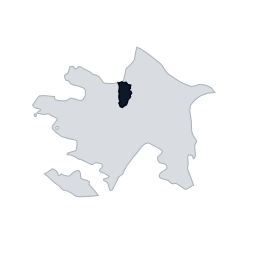 Azerbaijan, with Qəbələ highlighted, rotated 342°
{"feature_id": "AZE-1724", "entity_name": "Qəbələ", "entity_type": "District", "adm_level": 1, "iso_a3": "AZE", "parent_name": "Azerbaijan", "parent_adm1": "", "projection": "albers", "projection_center": [47.781, 40.923], "detail": "fine", "context": "in_parent", "style": "filled", "palette": "ink", "viewbox_px": 256, "rotation_deg": 342, "n_neighbors": 0, "source": "natural_earth", "source_scale": "10m", "svg_char_len": 3781}
<svg xmlns="http://www.w3.org/2000/svg" viewBox="0 0 256 256"><g transform="rotate(342 128 128)"><path d="M172.8,202.6L171.8,202.6L164.8,204.3L163.3,203.8L157.3,196.2L156.0,195.4L153.5,195.0L151.9,193.8L150.7,191.7L150.0,190.2L143.8,186.1L142.9,184.6L142.8,183.3L143.7,182.1L144.7,181.0L147.7,180.0L151.2,179.1L152.3,178.5L152.9,177.4L152.9,175.6L152.3,173.9L147.2,170.7L146.7,169.4L146.5,167.7L146.8,165.9L147.6,164.6L151.6,162.7L153.8,160.8L152.4,158.6L148.0,153.7L142.8,148.4L139.3,148.3L135.3,149.9L128.8,154.5L125.3,156.5L120.6,159.7L115.5,163.3L111.4,167.1L108.7,170.2L104.1,171.6L101.7,174.2L93.9,182.1L91.7,182.0L91.6,178.0L91.8,174.9L91.3,173.1L88.8,170.5L88.8,169.5L89.5,168.8L91.4,169.2L93.9,169.1L95.1,168.2L92.5,164.9L90.2,162.7L88.2,161.2L87.8,160.3L87.8,159.6L88.2,158.9L91.6,157.2L92.0,155.5L91.8,153.7L86.5,150.9L82.4,151.8L78.9,148.7L76.6,146.3L73.8,143.7L71.2,142.2L68.8,139.0L64.6,135.6L61.9,134.6L62.0,134.1L62.5,133.5L63.6,133.1L71.3,133.4L72.2,132.8L72.7,131.4L73.8,129.4L75.1,126.3L75.0,123.7L67.5,119.4L62.1,115.5L58.4,110.3L55.9,105.6L56.0,104.1L56.8,102.6L62.8,98.5L63.2,97.5L63.1,96.7L61.1,94.5L58.5,92.2L57.7,90.5L56.1,89.6L53.0,89.5L47.5,86.6L46.4,86.2L46.1,85.7L46.4,85.1L50.4,84.1L50.3,83.2L49.2,82.0L47.0,81.0L45.0,78.8L44.4,76.8L51.6,71.2L53.8,70.1L58.3,71.3L67.9,75.4L67.2,77.5L68.1,78.7L70.3,80.4L74.5,82.1L78.1,83.0L79.9,82.4L82.7,81.8L86.2,83.8L89.5,86.2L91.1,87.2L92.0,87.5L94.5,86.8L97.6,83.7L98.8,80.0L99.2,78.2L97.5,75.7L93.9,72.9L89.9,70.5L87.3,68.4L85.7,64.2L84.1,63.7L83.6,63.2L83.4,61.8L83.5,59.8L84.1,58.3L85.7,57.7L87.4,57.5L88.9,56.0L90.8,53.2L91.6,51.7L95.1,52.6L95.6,55.2L96.2,55.7L97.6,55.4L100.1,54.4L102.0,55.3L104.4,58.3L107.8,61.5L109.7,63.7L110.4,65.2L112.1,66.6L114.7,68.3L116.7,71.0L118.5,77.1L120.4,78.6L127.0,80.9L129.3,81.4L135.9,82.2L138.2,81.6L141.5,76.3L144.6,70.9L147.4,69.7L152.5,67.1L155.5,64.6L156.7,61.9L159.6,56.8L161.3,53.9L164.3,56.4L169.6,63.2L177.2,74.3L179.0,77.4L180.3,81.1L181.4,85.5L183.2,89.4L190.9,99.1L194.3,102.7L199.8,107.3L201.7,108.3L204.2,108.6L208.8,108.5L213.1,110.2L215.3,111.4L217.5,113.3L219.5,115.4L221.6,121.1L214.2,119.4L206.7,119.9L202.5,121.2L198.5,123.0L194.6,125.5L192.2,130.2L190.3,141.1L187.5,151.2L187.7,155.9L189.1,160.4L189.0,162.5L187.6,163.4L185.9,165.4L183.7,174.7L182.5,176.5L181.0,177.7L180.6,176.6L180.7,174.2L177.3,172.1L175.6,174.5L174.5,179.6L172.1,185.0L172.0,186.1L172.8,202.6ZM61.7,106.7L62.1,105.3L61.2,104.6L60.2,104.6L59.3,105.3L59.3,107.1L60.4,107.4L61.7,106.7ZM35.9,148.1L34.8,146.6L34.4,145.8L37.7,145.2L43.3,143.4L44.8,144.4L46.3,146.5L47.1,148.2L47.1,151.5L47.8,152.0L50.5,151.0L51.6,152.3L53.7,154.0L57.2,155.6L62.5,153.3L65.1,152.8L67.2,152.9L68.3,153.6L68.7,156.2L68.2,159.2L67.5,160.9L68.6,162.2L72.8,165.3L74.6,167.0L73.6,169.8L76.7,176.9L77.7,179.6L78.9,183.0L72.4,181.6L60.6,178.5L57.4,176.9L54.5,172.9L52.7,171.0L50.1,168.5L47.9,167.5L46.3,165.8L45.4,163.3L44.1,161.0L41.8,158.3L36.6,149.1L35.9,148.1ZM44.8,88.3L44.0,88.8L43.0,88.2L42.7,87.1L42.8,86.0L43.9,85.7L44.7,86.1L45.0,87.1L44.8,88.3Z" fill="#d9dde1" stroke="#a8b0b8" stroke-width="1"/><path d="M134.3,82.5L136.6,82.3L136.9,82.9L137.9,83.6L139.1,83.8L140.3,84.0L141.2,86.6L143.8,88.2L143.3,88.8L142.9,89.5L142.7,90.3L142.5,91.0L142.0,90.9L141.5,90.8L141.3,91.3L141.1,91.8L141.4,93.3L142.2,94.6L142.1,96.0L141.2,96.8L140.7,96.9L140.2,97.1L140.1,98.0L140.1,99.0L138.8,100.1L137.3,100.7L136.4,101.6L135.7,102.8L134.8,104.0L133.9,105.1L132.9,105.6L131.7,105.7L130.4,106.0L129.2,106.7L128.1,106.0L127.3,105.1L127.2,103.2L127.1,101.3L128.3,101.0L128.6,99.8L128.6,97.2L129.3,94.6L129.8,93.7L130.4,92.7L130.5,91.7L130.4,90.6L131.4,88.8L132.4,86.7L132.6,85.6L132.9,84.6L132.8,84.1L132.6,83.5L132.7,82.4L132.7,81.9L133.7,82.4L134.3,82.5Z" fill="#0f172a" stroke="#020617" stroke-width="1.5"/></g></svg>